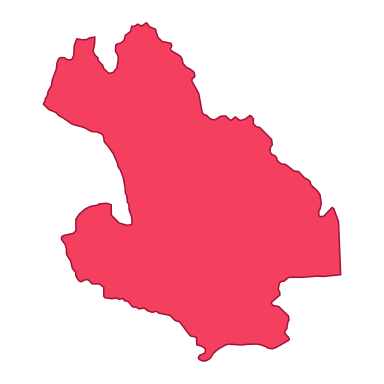 outline of Comapa, Jutiapa, Guatemala
{"feature_id": "79465075B15373267205562", "entity_name": "Comapa", "entity_type": "district", "adm_level": 2, "iso_a3": "GTM", "parent_name": "Guatemala", "parent_adm1": "Jutiapa", "projection": "albers", "projection_center": [-89.917, 14.12], "detail": "fine", "context": "isolated", "style": "filled", "palette": "rose", "viewbox_px": 384, "rotation_deg": 0, "n_neighbors": 0, "source": "geoboundaries", "source_scale": "gbopen_adm2", "svg_char_len": 3407}
<svg xmlns="http://www.w3.org/2000/svg" viewBox="0 0 384 384"><path d="M206.3,115.1L204.2,114.9L202.2,112.4L198.7,93.4L191.8,80.9L192.2,78.9L194.9,76.5L194.2,72.3L189.8,68.9L186.6,67.5L183.1,63.6L181.8,58.0L179.7,55.7L170.9,50.4L170.4,48.5L171.4,46.8L171.7,45.5L171.6,44.5L170.8,43.2L162.1,41.5L157.7,37.0L155.4,29.0L149.7,26.9L147.5,24.1L147.1,23.1L146.0,23.0L141.6,26.0L137.5,24.1L134.9,26.2L131.7,26.3L130.6,31.4L125.3,35.3L124.2,39.9L122.9,41.5L120.3,43.2L117.2,43.9L115.7,45.3L115.4,51.1L117.9,55.5L118.3,59.2L116.8,68.0L113.3,72.3L109.9,73.4L108.0,72.6L103.8,68.6L102.6,65.1L98.0,60.4L98.0,57.8L95.3,55.5L93.1,51.6L94.7,42.8L94.8,37.0L89.4,37.9L86.8,39.5L82.1,39.8L76.8,38.8L74.3,45.3L73.7,55.3L72.1,59.0L70.7,59.8L67.6,59.8L64.3,57.7L60.7,57.5L58.5,58.9L56.9,63.2L56.3,69.2L52.3,79.7L51.4,85.9L49.2,89.4L47.9,92.2L47.5,95.3L45.2,98.9L45.2,100.4L43.3,104.1L49.0,109.6L56.3,112.7L58.7,115.5L63.5,118.2L72.3,124.3L83.8,127.4L91.4,131.5L97.0,131.9L101.2,133.7L102.4,134.5L103.2,136.0L103.7,137.4L104.3,141.9L108.8,147.2L113.4,153.9L117.2,162.6L118.0,166.5L120.4,170.1L123.1,177.2L125.1,187.5L125.4,193.4L126.6,195.0L127.4,202.4L129.0,204.4L129.0,209.6L131.5,216.5L132.1,222.8L131.3,224.7L127.2,225.3L119.1,223.0L111.4,215.2L111.2,204.7L106.3,203.2L99.5,203.9L97.3,205.2L91.2,206.2L85.5,208.7L79.3,214.1L75.9,219.2L75.9,227.7L75.9,230.8L73.2,233.3L63.8,235.5L62.4,236.1L61.4,237.6L61.6,239.6L65.2,244.6L66.4,248.6L66.5,254.3L70.7,261.2L72.3,268.4L75.7,272.4L75.7,275.0L76.8,277.8L78.8,280.7L81.2,281.8L84.8,279.9L87.9,279.7L89.2,280.7L92.0,283.8L99.8,284.0L100.5,284.8L103.8,287.4L103.7,296.3L105.2,297.8L111.4,298.7L116.6,298.1L118.8,299.3L123.4,298.5L124.2,300.6L128.3,301.6L132.5,306.9L136.7,307.3L138.8,308.9L144.4,308.2L147.7,310.8L152.2,312.3L156.7,311.3L158.7,313.1L170.0,315.4L175.2,320.6L179.6,321.8L190.3,335.9L196.4,337.2L196.8,344.8L201.8,346.3L205.2,348.6L205.5,350.7L204.4,353.5L199.7,355.2L198.3,357.8L198.8,358.9L200.1,360.0L202.6,361.0L203.9,360.9L205.3,361.0L206.4,360.6L207.9,359.8L209.9,358.5L210.9,357.4L212.1,355.3L213.3,353.5L214.7,352.2L216.4,350.6L219.1,348.6L222.2,346.8L224.4,345.6L226.2,344.8L227.5,344.3L229.0,344.2L230.4,344.2L231.9,344.4L234.0,344.5L236.4,344.7L240.4,344.9L243.5,344.8L247.3,344.3L250.8,344.2L254.1,344.1L257.2,344.1L259.6,344.6L261.6,345.0L263.7,345.9L264.6,346.2L265.7,346.6L266.6,347.2L267.5,347.8L268.6,348.2L270.3,348.6L272.0,348.7L273.3,348.5L276.4,347.3L282.3,344.0L287.5,340.9L288.8,340.2L289.4,338.9L288.4,337.2L287.4,336.2L286.4,335.1L285.2,333.8L284.8,332.3L285.0,331.2L285.8,329.8L286.7,329.1L287.9,321.9L289.0,320.1L288.5,316.0L278.8,306.6L272.7,305.4L271.2,302.5L272.0,301.8L279.9,295.1L279.7,292.0L278.2,289.3L279.4,283.1L281.3,281.4L284.0,281.2L288.9,277.3L302.2,277.3L317.9,276.1L323.1,276.5L340.7,274.7L338.5,221.5L333.7,208.5L332.0,207.5L323.9,216.1L320.3,216.7L318.9,215.7L318.8,211.3L320.0,209.2L321.3,203.5L320.0,194.7L317.7,191.2L312.3,186.2L310.8,184.7L310.3,182.1L308.6,180.1L304.4,177.8L298.7,171.6L293.6,170.8L286.0,164.6L281.4,163.9L279.6,162.7L277.0,160.1L276.8,158.0L274.8,155.6L271.3,154.2L270.1,151.3L270.5,147.2L272.3,144.7L271.6,139.5L259.8,127.5L255.8,126.5L253.1,123.2L253.6,119.1L251.2,116.0L249.9,115.5L245.4,119.0L241.0,120.4L239.4,120.1L235.3,116.9L231.8,119.9L230.2,120.2L226.0,116.2L224.0,115.9L220.3,116.4L215.5,119.5L213.4,119.8L210.1,118.7L206.3,115.1Z" fill="#f43f5e" stroke="#9f1239" stroke-width="1.5"/></svg>